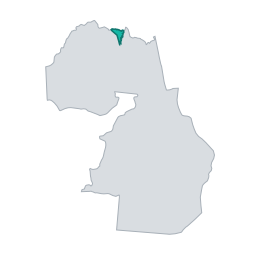 Chasefu, Eastern, Zambia (highlighted), rotated 277°
{"feature_id": "96606910B72978673218668", "entity_name": "Chasefu", "entity_type": "district", "adm_level": 2, "iso_a3": "ZMB", "parent_name": "Zambia", "parent_adm1": "Eastern", "projection": "albers", "projection_center": [32.897, -11.923], "detail": "fine", "context": "in_parent", "style": "filled", "palette": "teal", "viewbox_px": 256, "rotation_deg": 277, "n_neighbors": 0, "source": "geoboundaries", "source_scale": "gbopen_adm2", "svg_char_len": 5729}
<svg xmlns="http://www.w3.org/2000/svg" viewBox="0 0 256 256"><g transform="rotate(277 128 128)"><path d="M173.6,173.1L162.0,173.2L157.8,174.2L154.3,175.7L150.2,178.0L147.9,179.6L147.2,180.4L146.9,182.3L147.0,185.3L146.6,187.4L145.4,189.4L139.2,191.8L135.1,193.8L131.1,196.1L128.2,199.1L126.2,202.8L122.8,207.3L115.8,215.5L111.7,217.1L108.2,216.8L103.9,215.2L100.6,215.0L98.1,216.1L95.8,215.8L93.7,214.2L91.9,213.6L90.5,214.1L88.7,214.1L85.3,213.3L82.4,210.5L80.8,209.4L79.6,208.9L76.1,208.6L68.2,208.2L60.1,209.8L52.9,211.5L45.3,205.4L38.0,199.0L36.5,197.3L33.7,195.2L31.7,194.1L31.0,193.6L28.8,187.7L27.6,182.2L25.4,129.1L58.1,127.9L60.2,127.6L60.3,127.1L58.7,124.3L58.8,123.3L59.1,121.3L60.4,117.4L60.5,116.1L59.7,112.0L59.6,109.6L59.9,104.9L59.6,103.3L60.3,101.1L60.5,99.7L60.8,99.1L60.4,97.5L59.5,91.9L59.1,89.5L61.1,89.8L61.7,91.0L62.2,92.2L63.1,92.3L65.4,92.9L66.3,94.0L66.9,96.2L66.6,97.4L65.9,98.3L66.6,99.1L68.2,99.6L69.1,99.4L71.7,97.8L74.2,97.2L75.4,96.7L80.8,95.6L81.9,95.0L82.6,95.0L83.2,95.4L82.7,97.0L82.6,98.4L83.4,101.1L83.9,102.3L85.0,103.2L85.9,103.7L86.8,104.6L88.7,104.4L92.9,105.6L94.2,106.2L95.9,106.8L97.2,107.0L101.5,107.4L106.0,108.1L108.4,108.1L110.0,107.8L111.2,107.4L111.9,107.0L112.2,106.6L113.8,101.5L114.7,101.1L115.8,100.8L116.5,101.2L117.3,104.4L120.6,107.3L121.7,109.7L122.6,111.7L123.3,112.3L124.6,113.0L126.6,113.2L128.3,113.2L137.2,116.6L138.2,117.3L139.3,119.1L140.0,121.3L140.7,123.0L141.8,123.3L142.8,123.4L143.9,124.5L144.6,125.5L147.3,129.7L147.7,131.3L149.0,132.4L150.7,132.9L152.3,132.9L153.2,132.4L155.4,131.5L157.1,130.5L158.4,130.1L159.2,130.3L159.7,131.0L160.1,133.1L161.4,133.8L162.3,133.5L162.7,132.7L162.7,132.3L162.4,110.4L161.6,110.6L160.6,111.2L158.3,111.3L157.4,111.8L157.1,112.5L157.3,113.4L157.3,114.6L157.0,115.2L156.0,115.4L154.5,115.0L151.8,114.4L149.6,114.0L148.0,112.4L145.8,110.0L144.3,108.8L140.9,106.2L140.3,105.7L139.2,104.5L138.3,102.5L137.4,100.1L136.9,98.6L137.7,96.3L139.6,88.7L140.0,86.3L141.6,83.9L141.7,81.8L141.0,79.0L141.2,77.5L141.3,68.8L140.8,66.1L139.6,63.1L137.0,58.9L137.0,58.0L140.8,55.2L141.9,54.1L143.9,51.9L145.2,50.0L146.1,48.4L146.3,46.4L145.7,44.6L147.0,44.2L178.7,38.9L179.2,40.2L180.1,42.4L181.2,44.0L182.6,45.3L183.8,46.2L184.5,46.4L189.4,46.3L191.2,47.1L192.7,48.2L193.1,49.9L194.1,50.9L195.2,51.7L195.7,51.8L196.5,51.6L197.8,51.6L199.0,51.9L199.6,52.3L199.6,53.7L200.0,54.3L201.7,54.5L203.4,54.6L205.0,55.6L206.7,55.7L208.8,56.1L209.7,57.1L211.9,58.2L214.5,59.1L217.4,60.6L217.5,61.1L218.0,62.0L218.5,62.7L218.5,63.6L218.8,64.5L219.5,64.7L220.1,64.8L220.7,64.1L221.5,64.2L222.3,64.6L222.6,65.6L223.3,67.0L224.4,67.9L225.1,68.8L224.8,70.5L224.4,72.0L225.8,73.5L227.7,74.9L228.2,75.5L228.4,77.6L228.6,78.3L229.9,80.1L230.6,81.3L230.5,81.9L227.1,85.4L224.9,85.9L224.0,86.6L223.5,87.4L224.8,90.8L225.5,92.1L224.9,93.8L223.6,96.6L222.9,96.8L222.8,98.9L223.2,99.7L223.9,100.3L224.2,101.7L224.1,105.3L223.3,109.3L224.8,112.9L225.3,113.2L227.5,113.3L227.8,113.6L227.3,114.6L225.8,116.1L223.1,117.3L219.2,118.7L218.4,119.9L217.9,121.8L218.3,122.9L218.8,123.5L218.7,125.1L218.3,126.8L218.4,128.2L218.3,129.4L217.7,129.9L217.1,131.7L216.2,133.5L215.6,134.4L214.6,135.2L213.0,135.9L213.1,136.3L214.8,137.1L215.3,137.7L215.4,138.1L214.7,139.0L215.5,139.6L216.5,140.0L217.4,141.2L218.5,143.5L219.0,143.7L219.6,143.5L220.6,142.6L221.4,142.2L222.3,143.6L206.1,149.1L202.3,150.3L196.6,152.3L194.8,153.0L193.3,153.8L178.3,158.2L175.9,159.1L170.6,161.4L170.4,161.7L170.5,162.7L171.0,164.8L171.9,166.7L172.7,167.8L173.2,170.6L173.6,173.1Z" fill="#d9dde1" stroke="#a8b0b8" stroke-width="1"/><path d="M209.9,109.5L210.0,109.5L210.3,109.5L210.5,109.6L210.5,109.8L210.7,110.0L210.9,110.0L211.0,110.0L211.2,110.3L211.3,110.4L211.3,110.5L211.2,110.6L211.3,110.6L211.5,110.6L211.7,110.4L211.8,110.4L212.0,110.3L212.1,110.2L212.3,110.1L212.5,110.0L212.8,110.0L212.9,109.9L212.9,110.0L213.0,110.0L213.0,109.9L213.0,110.1L213.3,110.4L213.5,110.4L213.5,110.5L213.8,110.6L213.9,110.4L213.9,110.5L214.0,110.5L214.3,110.6L214.5,110.6L214.8,110.3L214.9,110.2L215.0,110.1L215.3,110.1L215.5,110.2L215.8,110.1L216.0,110.1L216.2,109.9L216.3,109.9L216.5,109.9L216.5,110.0L216.4,110.0L216.4,110.3L216.5,110.3L216.6,110.5L216.8,110.6L216.7,110.7L216.8,110.7L216.9,110.8L216.9,110.7L217.0,110.8L217.3,110.9L217.4,111.0L217.4,110.9L217.5,110.9L217.6,111.0L217.6,110.9L217.7,111.0L217.8,111.1L218.0,111.0L218.1,110.9L218.1,110.7L218.3,110.7L218.3,110.8L218.5,110.9L218.7,111.0L218.8,111.0L219.0,111.2L219.0,111.3L219.3,111.4L219.5,111.5L219.8,111.7L220.0,111.6L220.3,111.5L220.5,111.5L220.7,111.4L220.8,111.3L220.9,111.2L221.0,111.1L221.1,111.3L221.3,111.4L221.3,111.5L221.5,111.6L221.6,111.8L221.8,111.8L222.0,111.8L222.4,111.9L222.4,112.0L222.6,112.0L222.8,112.2L223.2,112.0L223.7,111.9L223.8,111.9L224.1,111.8L224.2,111.7L224.3,111.7L224.3,111.2L224.4,110.9L224.3,110.7L224.2,110.6L224.2,110.4L224.3,110.3L224.2,110.2L223.9,110.2L223.7,110.1L223.4,109.9L223.3,109.7L223.5,109.4L223.6,109.1L223.7,108.8L223.6,108.5L223.8,108.3L223.9,108.0L224.0,107.8L224.0,107.7L224.3,107.3L224.3,107.1L224.2,107.0L224.2,106.9L224.3,106.8L224.3,106.6L224.3,106.4L224.5,106.2L224.6,105.7L224.5,105.3L224.5,105.2L224.4,105.2L224.2,105.0L224.2,104.9L224.2,104.7L224.3,104.6L224.5,104.4L224.6,104.2L224.7,103.9L224.7,103.6L224.7,103.4L224.5,103.2L224.5,102.9L224.4,102.5L224.4,102.4L224.4,102.2L224.4,101.9L224.4,101.7L224.3,101.4L224.4,101.1L224.4,100.9L224.5,100.7L224.4,100.4L224.3,100.0L224.1,100.0L224.1,99.9L224.0,99.7L223.9,99.7L223.8,99.8L223.7,99.8L223.6,99.7L223.3,99.8L223.3,99.7L223.2,99.8L222.9,100.0L222.7,100.0L218.8,105.8L214.5,107.6L214.3,107.7L214.1,107.8L213.1,108.2L212.6,108.4L210.0,109.4L209.9,109.5L209.9,109.5Z" fill="#14b8a6" stroke="#0f766e" stroke-width="1.5"/></g></svg>